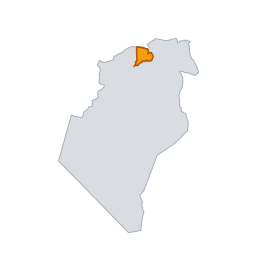 Lac Iro, Moyen-Chari, Chad shown in context, rotated 196°
{"feature_id": "50815135B94662216566844", "entity_name": "Lac Iro", "entity_type": "district", "adm_level": 2, "iso_a3": "TCD", "parent_name": "Chad", "parent_adm1": "Moyen-Chari", "projection": "robinson", "projection_center": [19.344, 9.791], "detail": "fine", "context": "in_parent", "style": "filled", "palette": "amber", "viewbox_px": 256, "rotation_deg": 196, "n_neighbors": 0, "source": "geoboundaries", "source_scale": "gbopen_adm2", "svg_char_len": 5305}
<svg xmlns="http://www.w3.org/2000/svg" viewBox="0 0 256 256"><g transform="rotate(196 128 128)"><path d="M185.7,77.2L185.7,82.8L185.7,88.4L185.8,94.0L185.8,99.6L185.9,105.3L185.9,110.9L185.9,116.5L186.0,122.1L186.0,124.0L185.9,124.7L185.8,124.8L185.6,124.9L183.0,124.4L181.8,124.4L180.2,124.8L177.9,125.0L176.3,124.9L175.3,125.9L174.5,127.1L174.9,129.9L174.8,130.8L174.5,131.8L173.8,132.6L173.1,133.2L172.6,133.8L172.1,135.1L171.7,135.7L171.7,136.5L171.6,137.3L171.2,137.7L170.1,138.0L169.4,138.4L168.8,139.0L168.4,139.5L168.6,140.0L168.9,140.8L169.1,142.1L169.2,142.8L169.7,143.4L170.1,143.8L170.2,144.3L169.9,144.8L168.5,145.7L168.0,146.0L167.4,146.5L167.1,146.7L166.2,147.5L165.7,148.3L165.4,148.9L165.4,149.8L165.9,151.1L166.5,152.2L166.7,153.0L166.8,154.0L166.8,154.8L166.5,155.6L166.0,156.3L164.2,157.6L163.3,159.0L162.5,160.7L162.4,161.6L162.6,162.2L162.9,162.8L163.5,163.0L164.3,163.1L165.6,162.8L166.9,162.6L168.2,163.3L168.9,164.7L168.6,165.7L169.1,167.6L169.6,169.9L169.5,170.7L169.7,171.0L170.5,171.2L170.7,171.7L170.5,175.7L170.9,176.9L171.4,177.7L172.0,178.1L172.7,178.6L173.0,179.0L173.7,179.1L174.5,179.8L174.8,180.8L174.7,181.7L174.2,183.8L173.9,185.2L173.4,185.1L172.4,184.7L171.2,184.4L169.8,184.2L168.4,184.8L167.0,185.5L166.5,186.0L166.1,186.4L165.4,186.3L164.8,186.4L164.5,186.9L164.0,187.5L161.8,188.7L161.4,189.1L161.1,189.5L161.1,190.0L161.3,190.9L161.3,192.1L160.9,193.1L160.3,193.8L159.7,194.0L159.1,194.1L158.8,194.5L157.7,196.7L157.2,197.1L156.2,197.1L153.4,200.4L153.1,201.3L152.1,202.7L150.8,204.2L149.6,205.0L149.5,205.3L149.2,205.6L148.5,205.9L146.0,207.7L143.0,207.7L141.7,208.4L140.4,208.7L138.6,209.1L138.0,209.1L135.6,209.2L132.8,209.1L131.7,209.4L130.7,210.1L129.9,210.7L129.8,210.9L129.9,211.2L129.9,211.4L131.9,212.9L132.4,213.7L131.9,214.4L131.6,214.5L131.3,215.1L130.1,216.8L128.4,218.9L127.5,219.5L127.1,219.8L126.6,221.2L126.3,221.4L125.1,221.5L122.7,221.7L119.4,222.1L117.4,222.3L116.2,222.1L114.4,223.1L113.8,223.3L113.4,223.4L111.7,224.3L110.3,225.7L109.8,226.0L107.8,226.6L107.0,227.5L106.6,227.6L105.3,226.3L104.4,225.2L104.0,224.0L103.9,223.6L103.7,223.7L103.0,224.2L102.4,224.8L102.1,225.9L100.0,226.7L98.2,227.3L97.4,228.1L96.2,228.5L94.6,228.4L93.3,228.0L92.1,227.9L92.7,226.9L92.9,226.2L93.0,225.2L92.9,224.6L92.2,224.3L91.7,223.8L90.7,220.9L89.6,217.9L88.1,214.9L86.5,213.0L85.3,211.9L84.9,211.7L84.3,211.4L83.9,211.0L81.7,209.0L79.5,206.8L78.9,205.8L77.7,204.2L76.5,202.7L75.8,201.9L75.5,200.6L76.4,199.5L77.3,198.0L78.5,197.0L80.0,196.9L82.4,197.3L85.1,197.5L87.7,197.2L88.3,197.0L89.0,197.0L90.4,197.3L92.9,197.3L94.1,196.7L92.8,195.6L91.3,194.0L89.9,192.3L89.1,190.7L88.4,188.6L87.7,186.0L87.3,182.7L87.3,180.9L87.6,179.5L88.3,177.3L87.8,176.1L87.9,175.0L87.9,173.5L87.6,172.7L86.7,170.2L86.5,169.9L85.7,168.2L85.3,165.2L84.4,163.3L82.9,162.4L82.0,161.2L81.7,159.2L81.1,158.7L78.7,158.0L76.7,158.0L75.3,155.7L73.4,152.8L71.7,150.1L70.6,144.7L70.0,141.6L70.7,140.7L72.2,138.4L74.0,134.2L78.1,127.7L80.2,124.3L84.4,119.4L89.6,113.2L92.5,109.8L93.0,103.5L93.5,96.8L93.9,91.8L94.4,85.8L94.8,80.8L95.1,77.2L95.5,72.0L95.9,71.1L97.9,67.0L98.1,66.5L97.7,65.8L94.9,62.4L94.0,61.6L93.5,59.8L94.2,58.8L90.8,53.1L90.0,52.4L89.6,51.7L89.6,50.6L89.6,46.6L88.7,40.4L87.5,33.1L91.6,31.0L94.6,29.5L98.5,27.5L102.1,29.5L107.3,32.5L112.5,35.5L117.7,38.4L122.9,41.4L128.1,44.4L133.3,47.4L138.5,50.4L143.7,53.3L149.0,56.3L154.2,59.3L159.4,62.3L164.7,65.3L169.9,68.2L175.2,71.2L180.4,74.2L185.7,77.2Z" fill="#d9dde1" stroke="#a8b0b8" stroke-width="1"/><path d="M127.1,197.8L126.7,198.0L126.3,198.0L126.0,198.2L125.7,198.6L125.3,199.0L125.0,198.8L124.7,199.1L124.3,199.0L124.1,199.5L124.0,199.8L123.9,200.4L123.7,200.9L123.7,201.3L123.5,202.0L123.4,202.7L123.5,203.1L123.6,203.6L123.8,204.0L124.0,204.5L124.2,204.9L124.6,205.1L124.9,205.2L125.2,205.5L125.4,205.9L125.6,206.4L125.9,206.8L126.4,206.8L126.8,206.7L127.3,206.7L127.6,206.5L127.8,206.2L128.1,206.1L128.5,205.9L128.7,205.3L129.1,205.2L129.4,205.0L129.4,205.4L129.4,205.9L129.3,206.3L129.3,206.9L129.4,207.4L129.5,207.8L129.9,208.1L130.3,208.4L130.8,208.7L131.2,209.2L131.4,209.4L131.5,209.4L131.8,209.4L132.0,209.3L132.0,209.2L132.3,209.2L132.5,209.3L132.8,209.3L132.8,209.2L133.0,209.2L133.3,209.1L133.6,209.0L133.8,209.0L134.0,209.0L134.3,209.2L134.5,209.2L134.6,209.3L134.6,209.2L134.9,209.1L135.1,209.2L135.4,209.1L135.5,209.1L135.8,209.0L136.0,209.0L136.4,209.1L136.5,209.2L136.7,208.9L136.8,208.9L136.8,209.0L137.0,209.1L137.3,208.9L137.5,208.9L137.7,209.0L137.8,209.1L138.0,209.1L138.3,209.1L138.5,209.0L138.9,209.0L139.0,209.0L139.0,208.9L139.3,208.8L139.4,208.7L139.6,208.7L139.8,208.6L140.0,208.6L140.3,208.5L140.4,208.8L140.5,208.8L140.6,208.7L140.8,208.5L141.0,208.6L141.3,208.6L141.5,208.5L141.5,208.4L141.6,208.2L141.8,208.2L142.0,208.2L141.4,206.0L140.4,202.7L139.9,201.3L138.9,197.9L138.4,196.8L137.9,195.9L138.0,195.9L138.4,195.5L138.3,194.8L138.4,194.7L138.7,194.1L138.8,193.4L138.2,193.1L138.9,189.4L138.8,189.5L138.7,189.5L138.0,190.1L137.9,190.2L137.6,190.7L137.1,190.8L136.7,190.5L135.9,190.9L135.5,191.4L135.4,191.9L135.0,192.4L135.1,193.0L134.7,193.4L134.3,193.9L133.8,194.1L133.6,194.4L133.5,194.9L132.9,194.8L132.7,195.1L132.6,195.7L132.1,196.7L132.0,196.8L131.6,196.9L129.2,196.9L128.9,198.3L128.2,198.3L127.1,197.8Z" fill="#f59e0b" stroke="#b45309" stroke-width="1.5"/></g></svg>